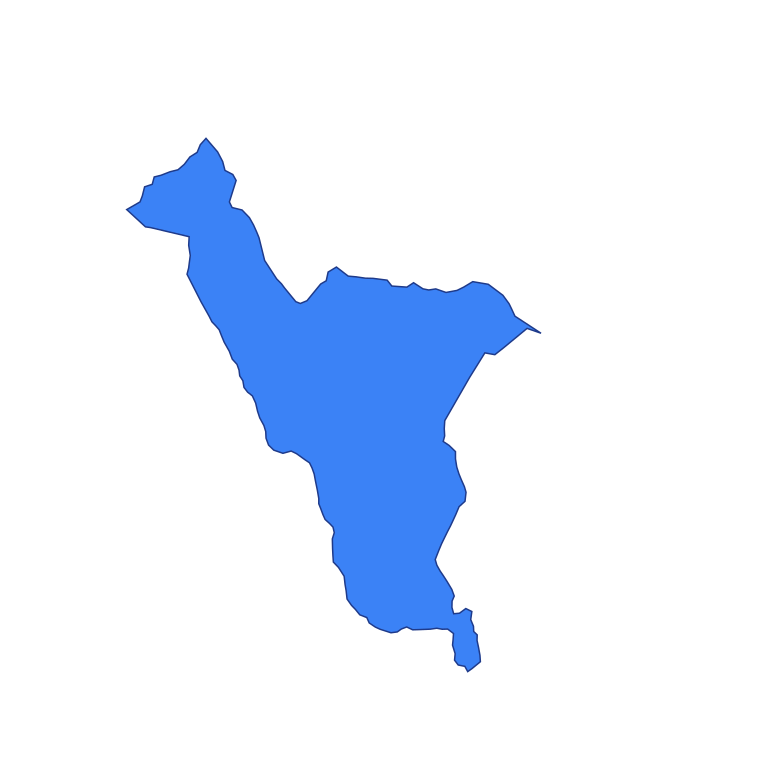 Imaculada, Paraíba, Brazil, rotated 246°
{"feature_id": "56859067B53075607206308", "entity_name": "Imaculada", "entity_type": "district", "adm_level": 2, "iso_a3": "BRA", "parent_name": "Brazil", "parent_adm1": "Paraíba", "projection": "albers", "projection_center": [-37.575, -7.393], "detail": "fine", "context": "isolated", "style": "filled", "palette": "blue", "viewbox_px": 768, "rotation_deg": 246, "n_neighbors": 0, "source": "geoboundaries", "source_scale": "gbopen_adm2", "svg_char_len": 2445}
<svg xmlns="http://www.w3.org/2000/svg" viewBox="0 0 768 768"><g transform="rotate(246 384 384)"><path d="M366.5,548.1L392.7,531.2L400.9,531.1L406.5,530.9L416.7,528.7L432.7,519.8L441.4,506.7L440.1,496.2L439.8,488.8L442.4,477.9L449.8,470.0L451.7,463.1L455.1,458.3L464.5,452.2L463.2,444.3L470.3,431.0L477.6,429.1L485.0,416.9L488.2,410.1L493.2,402.2L497.1,395.2L510.2,388.1L509.0,378.5L501.8,373.2L501.1,366.8L491.4,347.5L491.6,340.3L495.1,336.9L512.2,332.2L517.2,331.1L523.6,328.7L545.4,325.2L568.4,329.3L574.4,329.5L582.3,329.5L590.7,328.7L600.7,325.1L607.0,317.0L613.2,316.8L630.1,331.7L636.9,331.1L643.8,325.6L652.8,327.1L663.7,326.4L680.8,321.3L677.4,313.6L671.6,307.5L670.4,299.1L665.9,290.9L663.5,282.9L664.9,275.0L665.4,265.1L666.6,258.3L660.7,253.5L661.5,245.5L654.1,239.7L649.6,235.2L648.0,219.9L624.6,230.0L621.8,234.4L597.8,265.9L590.2,262.0L580.2,259.3L574.7,255.9L569.4,252.7L564.4,248.7L533.4,250.3L517.1,251.8L510.8,252.1L505.5,254.0L500.6,255.5L494.5,255.2L487.2,255.0L476.9,256.0L468.4,255.5L461.7,257.7L455.6,257.2L450.1,255.5L444.4,256.4L437.8,254.7L432.0,256.1L426.7,258.9L418.8,259.0L410.5,257.4L403.6,256.7L394.9,257.4L388.6,256.6L382.5,254.2L375.2,253.7L368.4,256.4L361.8,263.5L360.5,271.9L356.0,275.7L346.6,281.2L342.3,283.9L336.5,284.1L330.2,283.6L323.1,281.9L314.0,279.9L305.8,277.8L301.1,275.7L295.8,275.5L289.5,275.1L284.2,275.1L278.8,277.5L274.0,279.2L268.4,278.1L263.5,273.8L254.6,270.1L247.9,267.5L241.9,265.3L235.0,267.8L224.6,269.4L216.7,266.9L210.5,265.3L202.6,262.8L194.9,264.3L189.7,266.2L183.0,268.0L177.6,273.3L171.7,273.3L165.5,277.2L161.5,280.7L153.9,289.2L152.1,295.3L153.1,300.2L152.8,305.9L147.8,310.2L144.9,317.3L141.2,326.6L139.4,332.9L136.3,337.4L134.2,342.5L127.8,346.0L122.1,343.0L117.6,340.4L108.7,339.3L103.0,336.1L97.1,337.5L93.2,343.0L87.2,343.5L88.2,348.6L91.1,359.1L97.1,361.3L104.8,363.2L111.9,364.7L116.9,367.1L121.4,365.3L126.3,367.2L133.5,367.4L140.4,371.7L145.6,367.4L143.9,359.7L145.8,354.2L152.3,355.2L158.0,357.9L161.7,361.9L168.7,362.4L177.8,361.3L184.9,360.2L190.4,359.2L197.0,358.6L202.8,359.4L209.9,366.6L214.7,371.7L218.4,376.1L223.5,382.2L227.3,387.0L230.5,390.7L235.4,396.3L241.4,402.7L243.9,410.3L251.7,414.9L257.5,415.7L265.1,415.7L271.4,415.9L278.5,416.7L286.4,418.8L293.2,421.8L301.4,418.5L307.4,414.7L311.9,418.3L318.7,420.9L325.8,424.6L355.2,464.9L371.4,488.8L365.7,497.2L368.4,507.8L376.6,537.3L366.5,548.1Z" fill="#3b82f6" stroke="#1e3a8a" stroke-width="1.5"/></g></svg>